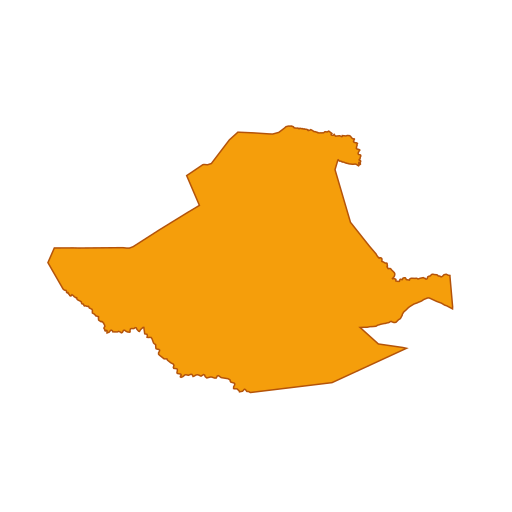 San Juan Tamazola, Oaxaca, Mexico (Robinson projection), rotated 281°
{"feature_id": "50627088B32435173505967", "entity_name": "San Juan Tamazola", "entity_type": "district", "adm_level": 2, "iso_a3": "MEX", "parent_name": "Mexico", "parent_adm1": "Oaxaca", "projection": "robinson", "projection_center": [-97.154, 17.118], "detail": "fine", "context": "isolated", "style": "filled", "palette": "amber", "viewbox_px": 512, "rotation_deg": 281, "n_neighbors": 0, "source": "geoboundaries", "source_scale": "gbopen_adm2", "svg_char_len": 6110}
<svg xmlns="http://www.w3.org/2000/svg" viewBox="0 0 512 512"><g transform="rotate(281 256 256)"><path d="M146.2,354.8L194.1,421.3L194.2,417.5L193.0,392.9L205.7,371.8L206.8,376.3L207.0,377.6L207.4,379.1L208.3,381.1L209.0,384.1L209.8,386.8L210.3,387.7L210.9,388.1L211.4,388.8L212.3,390.7L212.6,391.0L214.1,394.5L214.5,395.9L215.2,397.1L215.8,398.7L216.3,399.5L217.2,400.3L217.6,401.3L217.3,402.0L217.0,404.2L217.4,405.5L217.7,406.1L220.7,408.1L221.8,409.4L222.5,409.8L225.7,410.8L226.9,410.8L229.4,411.8L231.5,413.5L234.2,415.3L235.5,416.4L239.0,420.2L239.6,421.2L241.0,423.6L241.7,424.3L242.1,425.2L243.5,427.2L245.3,429.0L247.4,432.2L247.8,433.2L247.8,434.4L245.9,442.0L245.1,447.0L243.8,450.5L243.5,452.7L241.6,459.0L243.7,458.7L272.9,450.3L273.9,450.1L273.8,448.4L274.4,446.2L273.5,444.1L271.6,442.9L270.8,441.7L271.4,440.1L271.1,439.5L271.5,438.0L271.8,437.9L272.1,437.2L271.8,434.4L271.9,433.1L271.3,431.8L269.8,431.0L269.1,429.5L268.2,428.5L266.5,428.4L266.0,427.9L265.7,427.2L266.4,426.1L266.2,425.8L266.7,424.3L265.4,421.2L264.4,419.6L264.4,419.0L264.8,418.2L264.7,417.2L264.4,416.7L263.9,413.1L263.5,412.1L262.6,411.2L261.6,411.2L261.5,408.1L261.9,407.7L262.5,407.4L263.1,406.7L262.9,405.5L262.2,404.4L260.8,404.2L260.6,403.5L260.9,402.8L260.7,402.1L260.4,401.8L258.5,401.6L258.1,399.9L258.2,398.6L258.1,398.2L259.1,397.7L259.7,397.8L260.0,397.1L260.2,395.6L259.7,394.5L260.0,394.2L260.7,394.8L262.3,395.6L263.8,395.8L264.9,395.7L266.0,395.0L267.0,393.6L268.2,391.7L269.0,390.9L269.3,390.3L269.2,389.4L268.8,388.3L268.9,387.9L270.1,387.2L270.1,386.9L270.4,386.6L270.9,386.9L271.5,386.9L272.2,386.4L273.2,386.4L274.0,385.7L273.7,384.3L274.6,381.6L274.7,380.6L276.0,380.4L277.1,380.2L277.7,379.7L278.0,379.1L278.0,377.9L277.6,377.8L277.4,377.3L277.8,376.6L279.6,374.5L280.8,373.6L287.5,365.2L307.1,342.3L355.8,317.1L366.3,318.1L366.6,318.0L365.8,318.8L365.1,319.8L365.3,321.2L365.0,321.9L365.1,322.2L364.8,322.5L364.7,322.8L364.9,324.0L364.3,326.9L364.5,327.2L364.3,328.0L364.4,329.0L364.2,329.4L364.2,329.8L364.5,333.6L365.2,335.9L365.0,337.6L364.6,338.0L364.1,339.5L365.4,340.1L365.7,340.7L366.1,341.0L366.6,340.8L366.5,340.0L366.2,339.3L366.7,339.1L367.5,339.1L367.9,340.5L368.4,340.7L368.9,340.7L369.5,340.4L369.7,340.1L369.7,339.2L369.8,339.0L370.1,338.8L370.5,338.9L371.1,339.4L371.5,339.6L372.6,339.5L373.4,339.6L373.9,339.8L374.8,339.6L375.1,339.3L375.2,338.8L375.2,337.5L375.3,337.2L376.0,336.7L376.6,336.6L378.6,337.1L379.4,337.6L379.8,337.7L380.1,337.2L380.2,336.7L380.3,335.6L380.2,335.0L380.8,334.0L382.9,333.9L384.1,334.1L384.8,333.8L385.9,334.1L386.3,333.0L386.1,331.9L386.6,330.1L387.1,329.8L389.5,330.3L389.8,329.9L389.5,329.2L389.8,328.0L391.7,325.7L392.0,324.7L391.7,322.5L391.0,321.4L390.7,317.8L389.8,317.9L389.5,317.4L390.0,315.2L388.8,311.1L390.3,309.5L389.3,309.0L389.0,307.7L389.2,306.8L389.8,306.5L390.8,307.1L392.5,303.6L391.3,302.1L391.3,300.6L391.1,299.9L390.2,299.2L389.7,298.6L389.5,297.1L389.2,296.5L389.2,295.8L388.8,294.4L388.8,293.2L389.0,293.2L389.2,292.1L389.1,291.8L389.2,291.7L389.4,290.0L389.2,289.6L389.2,289.0L389.5,288.4L389.8,288.0L390.5,285.6L389.9,285.1L389.1,283.4L389.2,283.0L389.8,282.9L390.0,281.4L389.8,280.0L390.0,279.7L390.0,279.2L389.7,278.9L389.9,277.7L389.9,277.2L389.7,277.1L389.8,274.7L389.3,274.4L389.2,273.9L389.2,273.3L389.6,272.8L389.2,271.2L389.1,269.3L389.3,268.6L389.6,268.5L390.0,268.1L390.1,267.7L390.0,267.3L390.1,266.9L390.3,266.7L390.4,266.2L390.1,265.9L390.1,265.6L390.2,265.3L390.0,264.7L389.7,262.8L389.3,262.2L388.7,260.8L387.2,259.7L381.7,254.8L378.9,249.1L378.3,245.2L376.4,230.1L374.1,214.6L364.9,207.7L338.8,194.8L338.3,194.6L336.3,191.0L335.9,187.4L335.4,186.3L321.7,172.6L294.9,190.8L286.1,181.0L263.1,156.0L241.7,133.6L239.6,130.2L239.1,127.6L238.8,123.8L230.0,80.5L229.1,75.2L225.4,56.5L209.8,53.0L186.8,72.9L186.3,73.6L185.9,74.9L185.9,75.6L186.0,76.0L185.5,76.5L184.8,76.9L184.3,76.9L183.7,77.8L184.2,78.4L183.8,78.8L182.9,79.4L182.6,80.1L181.6,80.7L181.6,81.2L181.4,81.9L182.9,82.7L182.1,84.5L181.4,85.2L181.3,85.7L180.7,86.8L180.9,87.9L180.1,88.2L179.3,88.7L178.8,89.7L178.1,92.3L177.6,93.3L176.6,93.6L175.8,94.4L175.8,95.8L174.4,96.7L174.2,97.2L174.6,98.0L174.3,100.0L174.6,100.8L174.6,101.2L173.1,102.4L172.9,103.6L172.6,104.1L172.4,105.1L171.8,105.5L170.9,106.0L170.3,105.9L168.8,106.3L168.1,108.4L167.3,109.5L166.6,110.2L166.7,110.8L166.5,111.4L166.4,112.9L166.2,113.1L164.7,113.2L164.4,113.4L163.3,113.6L162.9,114.0L161.9,116.4L161.9,116.7L162.4,117.1L161.9,118.2L161.4,118.5L161.1,119.2L160.1,119.8L159.5,120.4L158.1,121.1L157.7,121.0L157.3,120.7L156.6,120.5L155.8,120.6L155.0,121.6L154.4,121.7L153.8,122.0L153.7,122.6L154.3,123.0L154.4,123.4L154.5,123.7L154.3,124.0L152.5,124.3L152.0,124.5L152.6,125.2L153.0,126.2L155.3,127.5L155.6,128.2L155.2,129.3L154.2,129.9L155.0,134.4L155.8,135.5L155.5,137.4L155.0,138.1L154.9,138.6L155.5,139.4L157.7,140.1L158.1,141.2L157.2,143.0L156.9,144.5L157.1,146.6L157.6,146.9L158.6,146.5L160.5,146.7L161.0,147.4L161.4,149.9L162.6,151.0L162.6,152.2L161.5,152.9L159.8,155.1L159.7,156.0L161.7,156.7L164.3,158.7L164.5,159.5L158.4,161.6L158.3,164.0L157.2,164.5L155.4,164.6L155.5,166.1L155.8,167.0L156.0,168.6L154.9,169.7L151.1,172.0L150.6,172.7L149.8,174.4L147.7,174.9L146.0,175.5L145.7,176.7L145.8,178.3L145.2,179.4L144.2,179.4L142.3,178.8L141.0,179.1L140.2,180.2L137.5,185.4L138.0,188.2L136.9,188.9L134.9,192.7L134.2,195.3L133.1,196.3L130.8,196.1L130.0,196.7L130.2,199.6L129.8,200.4L128.9,200.6L126.2,200.7L125.7,201.2L125.7,204.6L124.9,205.4L123.5,204.7L122.8,204.9L122.6,205.6L123.6,207.2L125.7,208.9L126.1,209.9L126.0,212.4L127.5,214.7L127.5,215.7L126.7,216.5L125.7,217.2L126.3,218.2L127.8,219.9L128.3,221.2L128.1,223.1L127.7,224.1L127.6,225.0L129.6,227.1L129.3,228.3L127.9,229.1L126.9,231.0L128.5,234.3L128.7,235.7L128.3,238.6L128.6,240.2L130.9,240.9L131.4,242.0L130.0,245.0L130.2,252.1L129.3,254.3L128.2,254.6L127.4,255.4L127.1,258.8L126.4,259.6L124.9,259.5L123.3,259.0L121.6,259.3L121.5,259.9L122.0,262.6L120.4,265.2L119.5,265.7L120.7,268.6L123.0,270.0L122.9,271.1L121.3,272.8L121.5,274.8L120.9,276.5L146.2,354.8Z" fill="#f59e0b" stroke="#b45309" stroke-width="1.5"/></g></svg>